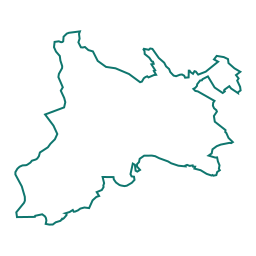 outline of Carlow Lea-7, Carlow, Ireland
{"feature_id": "5873133B49983124461260", "entity_name": "Carlow Lea-7", "entity_type": "district", "adm_level": 2, "iso_a3": "IRL", "parent_name": "Ireland", "parent_adm1": "Carlow", "projection": "equal_earth", "projection_center": [-6.883, 52.832], "detail": "fine", "context": "isolated", "style": "outline", "palette": "teal", "viewbox_px": 256, "rotation_deg": 0, "n_neighbors": 0, "source": "geoboundaries", "source_scale": "gbopen_adm2", "svg_char_len": 2790}
<svg xmlns="http://www.w3.org/2000/svg" viewBox="0 0 256 256"><path d="M17.4,168.7L15.4,172.1L15.4,174.5L21.8,186.4L24.8,196.8L24.9,200.6L24.1,202.7L16.3,212.3L17.0,217.1L33.7,216.9L34.9,216.8L35.2,215.8L42.2,214.3L45.0,216.4L45.9,218.0L46.4,220.5L45.7,223.9L49.3,224.6L52.8,224.5L55.7,222.3L60.5,220.8L62.1,218.8L62.5,219.2L63.8,218.3L66.5,215.2L66.6,213.7L65.4,213.3L69.6,212.0L72.8,210.0L73.7,211.7L75.0,211.6L77.9,210.4L80.3,208.6L84.4,207.5L89.1,208.1L92.6,200.3L96.4,196.9L99.1,196.0L96.7,192.1L101.8,190.0L103.6,187.0L103.3,185.7L104.1,183.2L102.6,177.0L113.5,177.1L113.8,179.4L116.0,182.5L119.5,185.0L121.1,185.5L124.5,186.1L126.8,185.7L131.8,182.8L134.5,179.9L134.0,176.7L131.6,176.4L130.5,174.1L132.8,163.6L134.9,164.8L135.6,170.7L137.3,171.6L140.0,169.9L136.9,166.4L137.1,164.1L139.0,162.1L139.7,158.8L144.1,155.7L151.9,155.6L155.2,156.2L159.2,158.2L168.0,161.4L171.2,163.3L178.4,165.7L185.6,166.4L185.4,165.6L187.1,164.9L189.7,165.9L192.7,165.4L193.0,166.6L195.1,166.7L194.4,168.6L200.6,170.2L206.7,173.9L211.5,175.5L212.6,175.0L213.3,175.7L216.3,175.1L217.2,172.0L219.8,170.2L218.9,168.8L219.5,165.3L217.9,161.4L217.1,157.4L215.3,157.6L208.6,155.6L211.7,153.4L212.5,149.3L216.7,146.2L220.7,144.6L229.3,142.9L231.2,143.1L232.8,142.1L228.5,137.9L226.3,132.9L225.3,132.1L225.5,130.1L214.8,121.7L213.9,116.0L216.9,111.6L216.3,110.1L214.1,108.3L212.9,105.7L213.2,102.7L214.5,100.9L197.8,91.4L195.3,90.9L193.4,88.9L195.3,87.8L196.9,86.0L197.2,84.2L200.1,80.5L201.9,80.3L202.5,79.2L207.9,76.4L214.6,87.5L222.7,93.0L224.8,91.4L224.1,90.3L224.6,89.6L229.3,86.2L231.1,88.5L238.0,93.1L237.9,92.4L240.6,90.4L240.1,86.8L237.2,80.6L238.6,78.4L236.0,75.1L240.3,71.8L234.4,68.3L228.5,63.1L228.0,59.1L223.8,57.1L216.7,55.9L214.0,59.4L218.1,61.7L205.7,71.7L198.2,74.6L195.8,71.6L194.5,71.2L193.0,73.8L190.4,72.0L189.6,70.7L188.8,70.7L188.6,77.4L185.1,77.7L184.2,75.7L182.0,74.5L180.0,74.7L176.1,76.2L173.6,75.6L170.3,72.1L169.1,69.0L166.1,66.4L164.2,62.7L158.8,58.0L152.4,48.9L150.2,48.5L148.7,49.8L143.9,48.8L143.5,49.5L144.5,51.0L144.7,54.0L149.3,57.7L151.8,61.4L153.0,61.7L153.7,63.8L151.4,64.3L155.2,70.3L153.8,70.9L156.1,74.8L153.8,75.1L148.5,77.4L147.2,76.3L145.4,77.1L143.8,78.3L141.9,81.6L140.1,82.2L129.0,74.0L115.5,68.3L106.0,66.9L97.7,60.9L92.9,51.4L88.4,50.1L84.9,47.0L82.8,47.5L80.9,47.3L78.4,42.3L79.6,38.7L79.0,33.9L79.9,31.4L68.9,32.8L66.8,33.6L63.6,36.7L63.2,41.3L62.4,42.0L61.1,42.2L58.8,41.3L54.6,41.9L54.0,47.2L56.0,51.6L59.8,56.0L60.4,60.6L62.2,66.1L62.1,68.1L58.9,73.9L58.4,77.1L62.8,87.3L60.8,90.7L64.2,98.0L65.3,102.2L64.1,107.4L45.1,114.5L53.5,125.7L57.3,134.0L54.9,139.3L50.4,143.8L47.9,147.3L39.9,152.5L38.9,156.2L37.2,158.6L35.8,159.5L31.9,160.7L30.4,162.6L27.3,164.7L26.0,165.2L22.5,165.4L19.6,166.7L17.4,168.7Z" fill="none" stroke="#0f766e" stroke-width="2"/></svg>